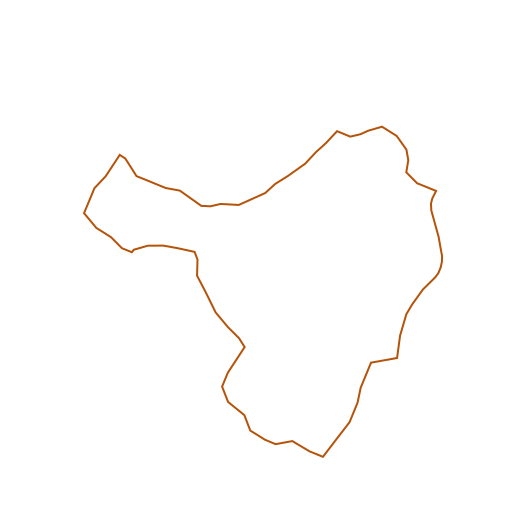 the district of Sinkye, Hwanghae-bukto, North Korea, rotated 22°
{"feature_id": "82179303B98001602077811", "entity_name": "Sinkye", "entity_type": "district", "adm_level": 2, "iso_a3": "PRK", "parent_name": "North Korea", "parent_adm1": "Hwanghae-bukto", "projection": "orthographic", "projection_center": [126.546, 38.511], "detail": "fine", "context": "isolated", "style": "outline", "palette": "amber", "viewbox_px": 512, "rotation_deg": 22, "n_neighbors": 0, "source": "geoboundaries", "source_scale": "gbopen_adm2", "svg_char_len": 1127}
<svg xmlns="http://www.w3.org/2000/svg" viewBox="0 0 512 512"><g transform="rotate(22 256 256)"><path d="M423.8,178.9L418.1,169.8L401.5,148.1L398.6,141.9L397.9,136.6L398.6,128.2L378.2,128.2L364.0,122.1L361.3,110.1L355.6,101.0L341.5,92.0L324.4,88.9L313.0,97.9L307.2,104.0L298.7,110.0L284.4,109.9L278.6,125.0L272.8,137.0L267.0,152.0L255.5,170.0L246.8,182.0L241.0,194.1L232.4,203.1L220.9,215.1L203.7,221.0L195.1,227.0L186.5,230.0L160.9,223.9L146.7,226.8L126.7,226.7L115.3,226.7L106.8,220.6L98.3,214.6L91.8,213.3L86.7,238.6L80.8,253.6L80.7,265.6L80.5,280.7L97.5,289.8L114.6,292.9L128.8,299.0L139.5,299.0L140.3,296.0L151.8,287.0L166.1,281.1L180.4,278.1L197.5,275.2L203.1,281.2L208.7,296.3L222.9,308.4L239.8,323.5L256.9,332.6L271.1,338.6L279.6,344.7L273.6,374.7L273.5,389.8L284.8,401.8L304.8,407.9L316.1,420.0L333.2,423.0L344.7,423.1L359.0,414.0L379.0,417.1L393.3,417.1L399.1,396.1L405.0,375.0L405.1,353.9L402.4,338.9L402.5,326.8L402.6,311.8L425.0,297.7L419.4,275.8L417.2,253.7L418.9,242.5L423.3,224.5L430.3,208.3L431.5,203.4L431.5,197.2L430.5,191.6L428.5,186.3L423.8,178.9Z" fill="none" stroke="#b45309" stroke-width="2"/></g></svg>